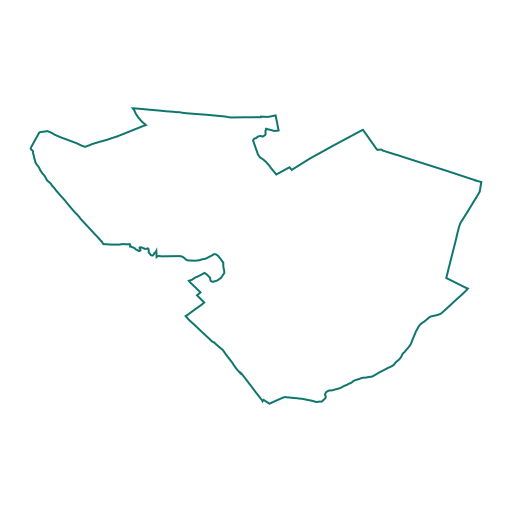 the district of Halchiu, Brasov, Romania
{"feature_id": "2599482B28757811683034", "entity_name": "Halchiu", "entity_type": "district", "adm_level": 2, "iso_a3": "ROU", "parent_name": "Romania", "parent_adm1": "Brasov", "projection": "robinson", "projection_center": [25.516, 45.765], "detail": "fine", "context": "isolated", "style": "outline", "palette": "teal", "viewbox_px": 512, "rotation_deg": 0, "n_neighbors": 0, "source": "geoboundaries", "source_scale": "gbopen_adm2", "svg_char_len": 6032}
<svg xmlns="http://www.w3.org/2000/svg" viewBox="0 0 512 512"><path d="M321.1,401.7L321.7,401.6L323.2,400.3L324.4,399.1L325.3,398.2L325.7,397.4L325.7,396.5L325.6,396.0L325.5,395.6L325.2,395.3L325.1,395.1L325.0,394.7L325.2,393.8L325.8,392.7L326.3,392.1L326.9,391.6L328.2,390.9L329.3,390.5L330.1,390.4L331.0,390.5L333.1,390.1L334.6,389.6L338.2,388.7L340.6,387.9L341.1,387.7L341.5,387.4L342.6,386.7L345.6,385.3L346.9,384.9L347.3,384.7L347.8,384.3L348.2,384.0L350.5,383.1L351.3,382.7L352.9,381.6L353.4,381.0L354.4,380.5L356.6,379.7L359.3,379.0L360.8,378.3L362.8,377.8L363.4,377.7L364.8,377.7L365.4,377.7L369.1,376.9L370.9,376.8L372.4,376.4L373.8,375.7L375.9,374.5L376.9,373.8L378.1,373.2L379.7,372.2L385.0,369.5L388.2,367.8L390.3,366.9L392.3,365.9L393.5,365.0L394.1,364.5L394.7,363.8L395.3,362.8L395.5,362.6L397.3,361.0L398.6,360.0L400.1,358.4L401.0,357.2L401.4,356.5L402.2,354.7L402.7,353.7L403.4,353.0L404.6,352.0L405.5,350.8L408.1,347.8L409.6,345.9L410.8,344.1L412.1,340.7L414.3,335.5L415.9,331.5L418.8,326.3L420.0,324.7L421.4,323.5L422.5,322.7L423.6,322.0L424.3,321.5L428.3,318.2L428.9,317.6L430.1,316.8L430.7,316.6L431.6,316.3L437.4,315.0L440.7,313.8L443.4,311.5L449.0,306.4L456.5,299.4L461.4,295.1L464.1,292.5L465.6,291.1L467.8,288.6L465.1,287.4L446.3,278.0L448.2,270.2L456.2,238.6L456.9,235.4L458.7,228.1L459.6,225.1L460.4,223.1L467.7,211.5L477.0,196.3L478.9,193.1L479.7,191.6L480.1,189.4L481.3,182.0L480.5,181.8L475.7,180.6L475.8,180.4L469.3,178.3L444.7,170.2L411.6,159.7L402.0,156.6L399.0,155.6L396.8,154.8L396.1,154.8L383.8,150.9L382.6,150.5L382.0,149.9L381.5,149.7L380.0,149.6L378.4,149.7L377.5,149.9L377.0,149.5L375.6,147.8L373.1,144.0L372.6,143.5L372.1,142.8L368.5,137.6L362.9,129.8L358.7,132.0L355.5,133.7L332.9,145.8L309.3,158.9L291.7,169.9L289.5,167.3L276.3,174.5L270.8,167.8L269.2,165.5L265.7,161.6L262.8,159.2L259.8,157.2L257.9,154.3L253.1,140.6L253.5,139.4L255.0,138.3L255.9,138.2L256.2,138.1L256.8,137.4L257.6,136.8L258.0,136.6L259.2,136.2L260.0,136.0L260.5,136.0L261.3,136.1L262.7,136.6L263.0,136.5L264.9,135.1L265.2,135.0L265.6,134.0L265.4,131.1L265.6,130.7L265.9,130.4L266.1,128.8L271.6,130.2L273.8,130.9L274.5,130.9L276.6,130.8L277.0,130.8L278.6,130.4L275.6,115.4L269.9,116.6L267.7,116.9L264.3,116.8L260.9,116.6L260.8,117.2L241.8,117.3L230.6,117.5L225.0,116.5L207.0,114.8L188.2,113.4L183.2,112.9L179.3,112.2L177.5,112.1L176.6,112.2L173.8,111.8L166.4,111.3L157.6,110.4L153.6,110.1L141.9,109.0L133.6,108.3L132.8,108.3L133.8,109.6L134.6,111.0L135.7,113.6L138.2,117.3L138.8,118.1L140.8,120.4L142.0,121.7L143.1,122.7L145.0,124.2L145.9,125.1L143.2,126.0L117.0,136.5L115.2,137.0L106.7,139.9L99.6,141.8L96.1,142.9L92.4,144.0L91.1,144.5L89.8,145.1L85.1,146.8L82.9,146.1L82.0,145.8L76.3,143.1L64.5,138.7L63.2,138.3L58.0,136.2L54.1,134.4L52.5,133.3L50.6,132.4L48.5,131.6L47.5,131.1L39.9,132.2L39.3,132.5L31.3,146.9L30.8,148.2L30.7,148.5L30.8,148.8L31.1,149.4L32.9,151.0L33.2,154.0L33.6,154.9L34.4,158.9L35.0,160.2L35.1,161.2L35.5,162.6L36.1,163.4L36.3,164.0L36.9,164.8L38.2,166.4L38.9,167.4L39.8,169.1L40.2,170.1L41.5,172.1L42.2,173.2L44.2,175.4L44.9,176.4L46.8,179.8L47.1,180.5L48.9,181.9L49.9,182.8L50.8,183.7L51.5,184.7L52.4,186.1L53.9,187.6L54.8,188.6L55.4,189.6L55.8,190.2L56.4,190.8L60.0,195.0L64.8,200.3L67.0,203.1L72.9,210.1L75.5,213.0L77.0,214.4L77.8,215.4L79.6,217.3L80.0,218.2L95.7,235.1L96.5,235.8L97.1,236.5L97.5,236.9L97.7,237.3L99.1,238.5L99.2,239.0L99.8,239.4L100.3,240.1L100.9,240.9L101.2,240.9L101.5,241.2L101.4,241.4L101.6,241.7L102.0,242.0L102.4,242.5L102.7,243.2L103.5,244.2L105.7,244.2L109.5,244.5L112.4,244.6L119.6,244.6L120.8,244.3L122.2,244.1L124.5,244.2L127.7,244.3L129.9,244.2L130.0,244.3L130.1,245.2L130.1,246.5L130.4,246.5L131.0,246.5L131.4,246.7L131.7,247.0L132.0,247.2L132.8,247.3L133.6,247.7L134.5,248.1L134.9,248.4L135.3,248.9L135.5,249.2L136.1,249.6L136.9,249.8L137.3,249.9L137.9,250.5L138.5,250.9L139.1,251.1L139.4,251.0L140.0,250.7L140.5,250.1L140.2,249.3L139.8,248.8L139.5,247.9L139.6,247.7L139.8,247.4L140.4,247.3L140.6,247.3L141.5,247.4L142.0,247.6L143.2,248.2L144.0,248.4L144.4,248.7L145.4,248.9L145.9,248.9L147.6,248.4L147.9,248.5L148.3,248.6L148.5,248.9L148.5,249.3L148.5,249.8L148.6,250.3L148.8,251.1L148.8,251.5L148.7,252.0L148.7,252.3L148.9,252.8L149.6,253.4L149.9,253.7L150.4,254.7L150.9,255.1L151.5,255.4L152.0,255.5L152.6,255.5L153.2,255.1L153.6,254.6L153.9,254.1L154.3,253.4L154.4,253.0L154.5,252.9L155.4,252.6L155.6,252.4L155.8,252.0L156.3,251.0L156.6,257.0L157.4,256.3L158.4,256.0L161.4,256.3L163.9,256.3L179.4,256.1L180.6,256.2L181.8,256.5L182.9,257.0L183.8,257.6L186.0,259.6L186.9,260.1L188.1,260.4L189.2,260.5L194.8,260.7L198.3,260.4L199.5,260.2L201.8,259.4L205.5,258.7L207.0,258.0L209.7,256.6L211.0,256.0L213.8,254.3L214.3,254.1L214.9,254.1L215.9,254.4L216.6,254.8L218.2,256.0L220.0,258.2L221.3,259.9L222.5,261.8L223.2,262.2L223.3,262.8L223.2,263.8L223.4,267.0L223.7,268.5L224.2,270.9L224.3,272.3L224.3,272.8L224.0,273.4L221.0,277.9L219.6,278.9L217.1,280.6L216.1,280.9L213.0,281.8L211.2,281.3L210.8,280.8L210.2,279.6L210.2,278.0L210.0,277.8L207.4,275.0L204.5,272.9L201.1,274.8L199.1,275.8L196.9,276.9L195.3,277.5L194.5,278.0L193.1,279.0L191.8,279.8L188.9,280.8L190.8,283.1L192.4,284.5L194.2,286.3L196.1,288.1L198.4,290.4L200.2,292.0L200.5,292.4L197.8,294.6L197.0,295.3L204.2,302.5L201.9,304.5L200.9,305.2L195.4,309.1L187.8,314.7L185.6,316.1L189.3,320.2L194.1,324.5L200.9,331.0L209.1,338.6L211.6,341.1L212.6,341.8L214.4,342.5L214.4,342.8L217.0,345.1L219.9,347.6L222.4,349.6L223.1,350.4L225.7,354.1L228.0,357.2L231.0,361.0L232.3,362.7L234.0,365.5L236.6,369.0L240.5,373.4L240.8,372.9L241.2,373.3L241.7,373.9L245.2,378.3L247.4,381.2L249.0,383.3L253.0,388.5L255.0,391.3L257.9,395.0L259.5,397.0L262.5,400.9L262.6,401.2L263.6,399.9L269.4,403.7L281.6,398.2L284.5,397.1L285.6,397.1L287.5,397.4L289.4,397.5L290.9,397.7L295.4,398.1L296.4,398.1L299.4,398.6L302.2,398.8L303.7,399.1L305.5,399.5L307.9,400.0L308.6,400.1L311.8,400.7L314.9,401.6L315.6,401.8L316.7,402.0L317.2,402.0L317.8,401.8L318.6,401.7L319.8,401.6L321.1,401.7Z" fill="none" stroke="#0f766e" stroke-width="2"/></svg>